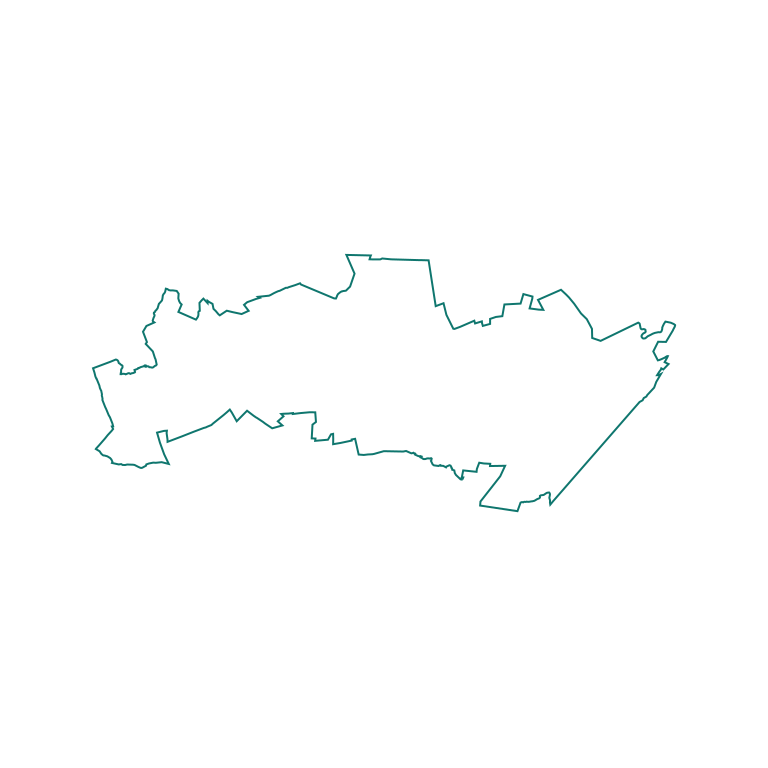 Villa Comaltitlán, Chiapas, Mexico (Equal Earth projection), rotated 244°
{"feature_id": "50627088B6543048996231", "entity_name": "Villa Comaltitlán", "entity_type": "district", "adm_level": 2, "iso_a3": "MEX", "parent_name": "Mexico", "parent_adm1": "Chiapas", "projection": "equal_earth", "projection_center": [-92.6, 15.171], "detail": "fine", "context": "isolated", "style": "outline", "palette": "teal", "viewbox_px": 768, "rotation_deg": 244, "n_neighbors": 0, "source": "geoboundaries", "source_scale": "gbopen_adm2", "svg_char_len": 6102}
<svg xmlns="http://www.w3.org/2000/svg" viewBox="0 0 768 768"><g transform="rotate(244 384 384)"><path d="M266.6,629.7L271.6,637.3L271.5,634.8L272.2,633.3L274.4,636.9L275.5,639.1L276.5,640.1L274.6,641.4L277.2,648.5L280.6,645.8L283.6,650.1L284.6,651.3L284.9,650.8L284.8,648.8L284.6,648.3L284.7,644.2L284.9,641.8L285.2,640.5L295.2,640.3L301.8,648.9L298.2,655.9L305.5,667.1L306.2,667.9L308.0,670.4L309.1,671.4L309.4,671.5L310.9,670.7L313.4,668.6L316.7,664.3L315.3,661.9L313.8,660.0L312.7,658.8L311.5,658.2L310.4,657.2L309.6,656.3L309.5,656.0L309.4,655.4L309.5,654.7L310.3,653.3L311.2,649.8L311.4,647.4L311.3,645.4L311.3,642.0L310.6,639.3L310.6,638.5L311.2,637.0L311.8,636.5L313.6,636.2L314.2,636.5L314.8,637.0L315.5,638.4L315.8,639.4L315.8,641.0L316.0,641.7L316.3,642.1L318.1,642.7L318.7,642.4L319.5,641.6L320.1,639.7L321.0,639.1L321.7,639.1L326.1,640.2L326.6,640.1L327.7,639.4L327.8,597.6L334.1,591.3L342.4,595.1L353.4,594.7L361.0,592.0L372.8,590.1L380.7,588.2L384.6,586.9L391.1,584.4L392.1,559.3L380.8,559.7L383.0,555.7L388.1,548.0L395.7,554.7L397.5,555.8L403.7,548.7L396.4,542.0L402.7,527.1L393.1,520.1L395.2,514.0L396.0,507.9L391.5,505.7L392.9,498.3L396.3,498.9L396.3,499.0L397.4,499.4L398.5,492.4L401.3,492.9L402.0,477.4L402.6,471.5L403.3,470.5L418.8,470.4L430.5,472.9L431.3,464.6L475.6,478.3L479.3,471.2L479.4,470.9L492.9,445.1L497.6,437.4L497.6,435.4L500.4,429.5L502.4,425.7L504.7,427.8L505.3,428.5L516.5,406.8L496.1,405.9L486.4,396.2L485.5,393.4L485.2,392.7L485.1,392.2L484.6,391.0L484.7,390.2L485.5,387.9L485.5,387.3L485.8,386.4L485.6,384.6L485.0,382.1L484.0,380.6L483.5,380.2L481.9,378.3L482.8,376.7L509.8,353.0L511.3,352.7L511.8,347.6L512.8,340.7L512.8,339.4L513.5,337.9L513.5,331.1L513.8,329.7L513.9,327.4L513.9,324.6L513.7,320.9L513.8,319.3L517.5,309.2L515.9,310.1L516.5,306.7L517.5,296.9L516.5,292.9L509.1,294.4L509.3,286.7L515.0,279.4L518.8,274.8L517.7,266.5L519.2,265.8L523.2,264.8L526.3,263.7L531.2,265.0L534.8,262.5L536.1,261.9L534.0,260.9L539.9,259.1L539.1,256.7L537.8,253.7L530.5,250.5L530.5,249.3L529.9,248.6L528.4,248.0L527.2,247.3L526.1,246.3L525.0,244.6L524.3,243.2L538.9,230.8L544.2,237.0L546.1,236.3L548.2,236.2L550.2,236.5L551.2,236.7L555.2,239.0L558.5,238.5L560.6,235.4L561.6,233.3L562.6,231.9L564.3,230.9L565.3,229.7L562.9,227.8L562.1,226.8L561.3,225.0L560.5,224.0L558.2,222.5L556.9,221.5L556.4,221.0L555.3,218.4L554.7,216.8L551.2,213.6L550.7,212.4L550.3,211.9L550.1,210.7L549.3,210.0L549.0,208.5L548.4,208.1L548.1,208.0L546.5,208.0L545.6,207.3L544.4,205.8L542.4,203.9L541.5,203.8L540.0,204.6L540.3,195.9L536.6,190.3L525.6,189.3L524.5,187.4L514.6,190.5L507.7,189.5L506.3,189.5L504.7,189.1L501.1,188.2L500.7,187.5L500.6,187.2L500.7,186.1L500.2,183.9L500.2,183.3L500.5,182.6L501.3,181.7L502.0,180.4L503.0,180.1L503.8,178.9L503.8,177.6L504.1,177.2L504.7,177.6L504.7,178.0L505.0,178.1L505.4,177.6L505.6,177.0L505.3,175.7L505.9,172.3L505.7,171.4L505.8,170.8L506.1,170.3L506.1,170.0L505.6,169.3L506.0,165.9L503.9,165.5L503.7,165.2L503.8,163.4L504.3,161.6L504.2,160.7L504.3,160.4L505.3,159.8L505.6,159.4L505.8,158.6L505.9,156.1L506.4,155.8L507.3,154.5L507.9,153.1L507.9,152.4L508.3,151.6L509.3,152.2L510.0,153.0L510.8,153.3L512.3,154.2L513.4,156.1L514.8,156.9L515.7,156.7L517.0,155.8L518.1,155.5L518.9,154.9L519.3,154.8L520.7,155.1L521.8,155.0L522.9,154.4L523.3,154.0L523.6,153.5L523.6,153.1L523.9,148.1L525.7,129.4L521.4,128.8L517.2,127.9L515.0,127.8L514.9,128.0L507.4,127.5L505.0,126.9L502.8,126.8L502.0,126.9L498.4,126.0L497.7,125.5L497.0,125.2L496.1,125.1L494.0,124.5L493.1,123.9L485.5,123.3L483.4,123.3L476.7,122.9L474.2,123.1L467.7,122.6L464.7,122.0L465.1,120.8L462.3,120.8L461.3,118.7L459.2,113.3L457.3,109.3L453.7,100.8L452.2,97.0L451.9,96.5L448.2,98.9L445.2,99.3L443.3,100.1L442.8,100.5L442.2,101.5L440.2,103.7L437.5,105.4L435.6,105.9L433.1,105.8L432.3,104.9L428.0,110.3L427.2,112.7L425.9,113.5L424.7,115.7L424.2,117.9L421.5,123.0L420.6,124.3L417.0,127.0L415.6,128.2L415.0,128.9L414.7,130.0L414.9,134.3L415.9,135.1L415.6,137.9L414.5,142.1L413.2,144.4L411.2,149.9L406.5,155.5L417.2,155.6L429.5,156.9L439.8,158.7L438.3,165.7L437.2,168.4L435.2,167.1L429.1,165.1L426.9,164.1L425.5,179.4L424.5,192.1L423.5,202.8L423.1,204.8L423.1,206.3L422.8,210.9L423.4,212.8L426.4,226.1L427.5,230.4L428.6,234.2L425.1,234.7L415.1,235.3L420.0,249.2L412.2,253.1L411.3,253.7L410.7,253.9L409.3,254.9L403.0,258.6L400.4,259.9L393.2,264.1L391.3,274.5L397.0,272.2L399.0,279.5L402.1,278.5L401.2,280.9L399.3,285.2L397.8,289.4L397.0,288.9L394.4,296.4L391.3,304.5L388.7,309.8L379.7,306.2L378.8,301.9L366.8,295.2L365.0,298.5L363.1,297.2L358.5,309.2L362.0,314.3L361.5,316.4L356.9,314.3L352.2,311.9L350.1,319.0L347.3,330.2L348.3,330.6L347.4,334.0L331.7,330.3L329.1,334.7L327.7,338.7L326.0,342.7L325.5,344.5L323.7,354.4L314.9,371.6L314.1,374.5L309.7,378.2L309.4,379.3L309.3,380.3L308.6,380.5L308.3,381.1L308.0,381.4L307.6,381.6L307.4,381.6L306.9,381.0L306.6,381.2L304.2,383.2L303.2,384.6L303.3,385.0L302.4,385.9L301.9,384.8L301.1,385.5L299.3,386.5L298.6,387.8L298.4,388.4L298.2,390.2L297.6,391.5L297.1,392.1L296.8,393.3L296.5,394.0L295.9,394.1L295.7,393.9L295.2,393.4L294.5,393.0L294.3,392.5L290.4,392.5L289.0,393.2L286.4,397.1L286.5,397.9L286.5,399.0L286.1,399.3L285.7,399.1L284.4,401.4L281.9,403.2L282.4,403.8L282.3,407.2L281.5,408.0L280.6,408.1L279.5,408.1L279.2,407.8L278.2,408.2L277.4,407.9L277.1,407.7L275.5,409.3L272.9,408.6L270.7,408.8L264.8,411.0L263.5,412.7L264.8,411.6L265.3,412.1L264.4,413.3L265.3,414.3L266.1,413.1L271.6,417.3L264.5,428.7L266.9,430.2L271.5,435.1L268.8,438.9L265.7,444.5L263.8,443.3L257.4,457.0L250.1,448.0L236.1,419.2L232.6,417.1L211.2,448.2L217.5,454.7L217.5,455.8L217.3,456.4L216.6,457.2L216.7,458.1L216.5,458.7L215.8,459.8L215.8,460.4L215.6,460.8L214.9,461.9L214.5,462.9L213.9,465.0L213.6,465.7L213.1,468.0L213.4,471.5L213.2,472.9L213.3,473.7L213.6,474.4L215.1,475.1L215.2,476.1L214.3,478.9L214.8,482.5L214.6,483.4L214.4,484.1L214.0,484.9L213.2,485.0L212.3,484.9L211.6,484.5L209.2,482.7L206.5,482.2L204.7,481.2L202.7,480.6L204.6,484.8L255.8,605.8L256.0,609.3L257.5,611.3L257.7,614.3L258.7,615.8L262.3,625.2L266.6,629.7Z" fill="none" stroke="#0f766e" stroke-width="2"/></g></svg>